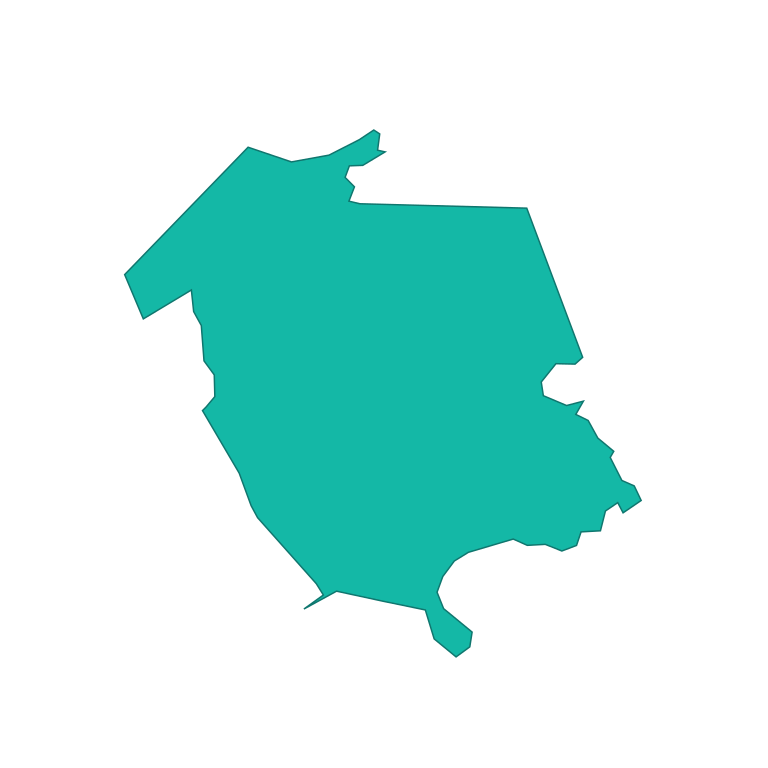 the district of Ohio, Kentucky, United States of America, rotated 287°
{"feature_id": "52423323B15881176064860", "entity_name": "Ohio", "entity_type": "district", "adm_level": 2, "iso_a3": "USA", "parent_name": "United States of America", "parent_adm1": "Kentucky", "projection": "natural_earth1", "projection_center": [-86.877, 37.475], "detail": "fine", "context": "isolated", "style": "filled", "palette": "teal", "viewbox_px": 768, "rotation_deg": 287, "n_neighbors": 0, "source": "geoboundaries", "source_scale": "gbopen_adm2", "svg_char_len": 999}
<svg xmlns="http://www.w3.org/2000/svg" viewBox="0 0 768 768"><g transform="rotate(287 384 384)"><path d="M347.8,664.0L359.7,653.1L361.3,639.7L379.9,621.8L386.8,623.4L394.8,604.3L408.8,589.9L411.0,576.3L425.9,579.7L416.8,564.9L419.4,539.8L431.9,533.8L453.7,542.5L458.9,560.9L467.6,566.2L593.9,469.1L549.3,308.2L548.6,297.0L563.9,298.1L570.2,286.4L582.5,287.1L586.9,299.8L606.3,317.2L605.7,309.5L621.9,306.8L623.9,300.0L610.3,288.8L586.8,264.5L569.3,230.5L570.7,184.8L412.8,104.0L375.9,134.8L417.6,172.3L397.6,180.8L386.5,192.2L353.5,205.1L343.1,219.0L322.5,225.9L310.0,220.6L305.5,218.2L256.4,271.6L228.8,292.5L219.2,302.2L173.2,377.7L164.5,387.7L145.4,373.2L172.0,399.2L176.0,446.8L180.0,489.6L154.9,506.5L144.1,532.7L157.7,542.9L172.5,540.8L186.6,506.7L200.4,495.6L217.1,496.5L235.3,503.0L247.7,513.9L273.5,552.9L271.6,568.2L277.8,585.1L276.3,602.9L285.9,615.3L300.2,615.7L306.9,633.9L327.3,632.9L338.9,642.2L330.7,650.3L347.8,664.0Z" fill="#14b8a6" stroke="#0f766e" stroke-width="1.5"/></g></svg>